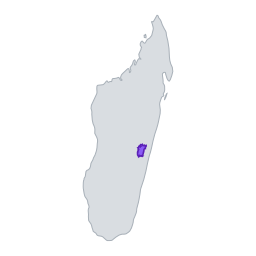 location of Marolambo, Atsinanana, Madagascar
{"feature_id": "10022922B10629043557873", "entity_name": "Marolambo", "entity_type": "district", "adm_level": 2, "iso_a3": "MDG", "parent_name": "Madagascar", "parent_adm1": "Atsinanana", "projection": "equal_earth", "projection_center": [47.828, -20.084], "detail": "fine", "context": "in_parent", "style": "filled", "palette": "violet", "viewbox_px": 256, "rotation_deg": 0, "n_neighbors": 0, "source": "geoboundaries", "source_scale": "gbopen_adm2", "svg_char_len": 5703}
<svg xmlns="http://www.w3.org/2000/svg" viewBox="0 0 256 256"><path d="M161.1,21.4L161.7,23.1L162.3,24.8L164.4,29.0L165.3,30.5L166.1,32.2L166.5,35.6L167.8,40.8L169.0,48.6L169.4,56.7L169.8,60.4L170.7,63.8L172.3,67.4L172.8,71.4L171.8,75.5L170.4,79.4L170.0,80.1L169.3,81.1L169.0,81.1L167.9,80.1L167.0,78.4L165.8,74.6L165.4,72.6L164.9,72.3L163.5,72.5L162.5,73.7L162.4,74.5L162.6,76.6L162.9,78.6L163.1,80.6L163.1,83.1L163.5,83.8L164.0,84.5L164.6,86.1L164.7,90.0L164.3,91.9L163.3,93.6L163.4,94.5L163.8,95.5L163.4,96.1L162.1,96.8L161.6,97.4L160.9,99.2L159.8,102.6L159.6,104.4L160.3,109.9L160.1,113.7L158.6,121.0L157.8,124.5L156.6,128.7L154.8,134.1L153.0,141.0L151.5,148.0L150.4,152.3L149.1,156.4L147.4,163.8L145.9,171.2L143.8,179.4L140.8,188.5L140.5,189.7L139.9,194.4L139.2,198.4L138.4,202.4L136.7,208.9L136.6,211.0L136.2,212.9L134.6,217.0L133.9,218.5L133.4,220.2L133.2,222.2L132.7,224.2L131.5,227.9L129.8,231.0L128.6,232.1L126.1,233.8L124.8,234.1L121.9,234.2L119.1,235.1L116.2,236.9L113.5,239.0L112.4,240.0L111.2,240.5L107.6,240.6L106.5,240.2L102.7,236.8L101.3,236.2L98.6,235.8L97.8,235.5L97.0,235.0L95.9,233.2L93.7,231.7L93.2,231.3L92.9,230.2L92.6,229.1L92.1,227.8L91.6,225.5L90.9,223.8L88.8,220.8L88.6,219.9L88.4,216.7L88.5,214.6L88.2,210.7L88.4,208.9L89.1,207.2L88.8,205.4L88.0,203.6L87.7,201.6L87.2,199.8L85.0,196.6L84.5,195.1L84.1,193.4L83.3,188.4L83.2,186.6L83.3,182.8L83.5,180.9L84.0,179.6L84.1,178.5L84.5,177.7L85.0,177.0L85.3,176.2L86.0,171.4L87.0,170.3L88.5,169.7L89.7,168.4L90.4,166.7L91.0,163.2L92.9,159.7L93.5,157.9L95.0,155.1L96.3,151.2L96.7,149.4L97.0,147.5L97.3,143.4L97.6,141.3L97.5,139.3L96.7,137.2L94.8,133.4L94.8,132.7L94.9,129.8L94.7,127.8L94.0,125.8L93.1,123.8L92.3,120.2L91.8,114.3L91.9,112.1L91.6,110.2L91.0,108.4L91.4,105.2L96.8,93.6L97.0,92.2L96.8,88.7L96.9,86.6L97.1,85.9L97.5,85.4L98.4,85.2L102.9,84.7L103.5,84.4L104.6,83.4L106.1,81.5L106.8,80.9L107.4,81.1L107.8,81.9L108.3,82.4L110.1,81.5L110.8,81.5L111.5,81.6L111.9,80.9L112.0,79.8L112.3,79.1L112.8,78.6L115.1,78.4L116.6,78.1L118.5,77.4L118.9,77.5L120.5,80.2L121.0,80.4L121.6,80.5L122.1,80.0L120.8,78.6L120.6,77.8L120.7,76.9L121.4,75.0L122.5,73.6L125.0,71.3L127.6,68.8L128.4,68.6L129.0,69.0L129.5,72.0L129.4,72.5L129.8,72.6L130.3,72.2L130.8,71.0L130.8,70.0L130.4,69.0L130.3,68.2L130.2,67.4L131.6,65.6L132.6,63.9L133.1,61.9L133.5,60.9L134.6,59.9L134.9,60.0L135.2,60.9L135.3,61.8L135.0,62.7L134.6,63.6L134.5,64.8L135.1,65.0L135.7,64.8L136.5,62.6L137.5,60.5L138.1,59.5L138.8,58.7L140.0,58.9L141.2,59.4L139.3,57.2L138.8,54.2L141.1,49.1L141.1,48.0L141.4,47.7L141.6,47.3L140.4,45.6L140.2,44.7L140.3,43.4L140.9,42.2L141.4,41.4L142.2,41.1L142.7,41.6L144.0,43.0L144.9,43.2L145.9,41.8L146.8,40.1L148.0,39.0L149.5,38.2L151.7,35.5L153.1,29.9L153.3,28.3L152.9,26.3L152.4,24.4L151.6,22.0L151.8,21.5L153.0,21.8L153.4,21.5L154.7,19.4L156.9,15.4L157.6,15.4L158.2,16.1L158.5,17.2L158.9,18.0L160.4,19.9L161.1,21.4ZM146.0,37.2L146.0,37.8L144.3,37.5L144.1,35.4L144.9,35.4L145.1,34.5L145.6,34.4L146.1,36.3L146.0,37.2ZM165.9,97.0L164.4,100.1L164.9,97.5L166.5,93.8L167.0,93.5L165.9,97.0Z" fill="#d9dde1" stroke="#a8b0b8" stroke-width="1"/><path d="M138.0,149.8L138.0,150.0L138.1,150.3L138.1,150.5L138.0,150.8L138.0,151.0L137.9,151.4L137.9,151.5L137.7,151.6L137.7,151.8L137.8,151.9L137.7,152.0L137.8,152.1L137.7,152.2L137.8,152.3L137.7,152.5L137.5,152.8L137.5,153.0L137.6,153.3L137.5,153.5L137.5,153.8L137.6,154.0L137.7,154.3L137.5,154.8L137.6,155.0L137.8,155.0L137.8,155.4L137.9,155.6L138.0,155.6L138.3,155.6L138.4,155.8L138.3,156.0L138.5,156.1L138.7,156.3L138.7,156.5L138.8,156.4L138.8,156.5L139.0,156.5L139.1,156.4L139.2,156.5L139.3,156.5L139.3,156.4L139.2,156.3L139.3,156.3L139.5,156.4L139.7,156.2L139.8,156.1L140.0,156.0L140.0,155.9L140.1,156.0L140.2,155.9L140.4,156.0L140.5,156.1L140.8,156.1L140.9,155.9L141.0,155.8L141.2,155.6L141.3,155.6L141.6,155.6L141.7,155.8L141.8,155.8L142.0,155.8L142.1,156.0L142.2,156.3L142.4,156.4L142.5,156.3L142.4,156.3L142.5,156.1L142.6,155.9L142.5,155.7L142.6,155.3L142.6,155.2L142.8,154.9L142.9,154.6L143.0,154.3L143.0,154.2L143.1,153.9L143.2,153.7L143.3,153.6L143.3,153.4L143.3,153.2L143.2,153.1L143.2,152.9L143.3,152.8L143.4,152.7L143.5,152.5L143.5,152.4L143.7,152.1L143.7,151.9L143.6,151.7L143.8,151.5L143.8,151.3L143.7,151.1L143.8,150.9L143.8,150.6L143.8,150.4L143.9,150.1L143.9,149.9L144.0,149.9L144.0,149.7L144.1,149.4L144.2,149.2L144.3,149.0L144.3,148.9L144.6,148.6L144.8,148.5L145.0,148.5L145.4,148.6L145.4,148.4L145.4,148.1L145.4,147.9L145.5,147.5L145.4,147.4L145.4,147.1L145.5,146.9L145.6,147.0L145.7,146.9L145.8,146.8L145.9,146.6L146.0,146.4L146.2,146.2L146.2,145.9L146.1,146.0L145.9,146.3L145.8,146.1L145.8,145.9L145.7,145.8L145.4,146.0L145.4,145.9L145.3,145.7L145.2,145.7L145.0,145.4L144.9,145.3L144.8,145.2L144.7,145.3L144.5,145.2L144.4,145.3L144.3,145.6L144.2,145.6L143.8,145.7L143.7,145.7L143.4,145.4L143.0,145.1L142.9,145.0L142.7,145.1L142.7,144.8L142.6,144.7L142.3,144.0L142.2,144.0L142.2,143.9L142.1,144.3L142.1,144.8L142.0,145.0L141.9,145.0L141.8,144.9L141.6,144.9L141.4,144.9L141.1,144.8L141.0,144.7L140.9,144.7L140.8,144.8L140.7,144.8L140.7,145.0L140.6,145.3L140.5,145.5L140.4,145.5L140.3,145.4L140.2,145.2L140.1,145.3L140.1,145.2L140.0,145.3L139.9,145.5L139.9,145.8L140.0,145.8L140.3,146.0L140.2,146.0L140.3,146.2L140.2,146.2L140.2,146.3L140.2,146.5L140.2,146.8L140.0,146.7L139.9,146.7L139.7,146.4L139.4,146.3L139.1,146.1L138.9,146.4L138.8,146.5L138.7,146.6L138.7,146.8L138.8,146.9L138.7,147.0L138.6,147.3L138.5,147.5L138.4,147.6L138.3,147.8L138.2,147.8L137.8,147.8L137.9,148.0L138.0,148.0L138.1,148.3L138.3,148.6L138.3,148.8L138.4,149.0L138.5,149.1L138.7,149.3L138.6,149.5L138.5,149.8L138.4,149.7L138.2,149.6L138.0,149.8L138.0,149.8Z" fill="#8b5cf6" stroke="#5b21b6" stroke-width="1.5"/></svg>